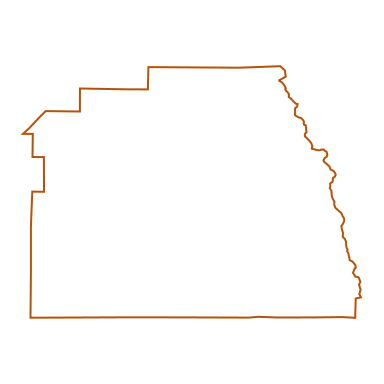 Tulare, California, United States of America
{"feature_id": "52423323B44496470224494", "entity_name": "Tulare", "entity_type": "district", "adm_level": 2, "iso_a3": "USA", "parent_name": "United States of America", "parent_adm1": "California", "projection": "mercator", "projection_center": [-118.363, 36.267], "detail": "fine", "context": "isolated", "style": "outline", "palette": "amber", "viewbox_px": 384, "rotation_deg": 0, "n_neighbors": 0, "source": "geoboundaries", "source_scale": "gbopen_adm2", "svg_char_len": 1733}
<svg xmlns="http://www.w3.org/2000/svg" viewBox="0 0 384 384"><path d="M280.4,66.2L239.1,67.7L148.4,67.1L147.9,89.4L125.9,89.3L107.6,89.0L80.0,88.5L79.9,111.5L45.7,111.1L40.7,116.0L28.8,128.6L23.0,133.9L32.8,133.9L32.5,157.0L43.9,157.1L44.0,184.2L44.0,191.8L32.3,191.6L30.9,226.3L30.9,249.2L30.9,272.1L30.5,317.7L133.3,317.3L186.3,317.4L249.2,317.6L258.2,316.8L277.1,317.5L315.4,317.4L342.5,317.1L355.2,317.8L355.7,298.5L361.0,297.3L359.3,294.0L360.6,289.8L359.0,284.6L360.4,281.8L358.6,277.3L355.4,276.6L353.0,272.8L354.7,268.4L355.2,268.3L355.8,267.6L355.4,265.2L352.5,261.5L349.7,260.2L349.2,257.4L348.6,254.7L348.4,253.4L347.1,251.1L347.6,249.5L346.6,247.8L346.1,244.5L346.1,241.7L344.7,238.7L342.7,236.9L343.0,232.9L341.8,228.8L341.3,226.2L343.0,223.7L344.3,220.8L344.0,218.3L342.6,216.0L341.2,212.8L339.2,211.2L337.2,209.5L335.3,207.7L334.1,204.2L334.5,201.8L332.9,199.1L331.8,196.1L331.5,190.8L329.8,188.3L330.3,186.2L330.2,183.4L332.6,181.8L333.0,177.9L334.7,176.9L335.7,174.9L335.3,173.3L333.4,170.8L330.7,169.6L329.3,166.3L326.6,163.9L324.2,161.9L323.5,160.4L324.7,158.0L326.6,156.9L327.4,154.5L326.5,151.7L324.6,150.6L323.9,149.6L321.5,149.5L319.8,150.3L317.0,150.1L313.6,149.1L311.9,148.8L311.9,147.6L312.4,146.2L311.2,143.1L309.1,140.5L306.8,138.1L304.9,136.3L304.9,133.9L306.6,132.1L306.1,129.9L306.2,127.5L305.6,125.1L304.3,124.9L303.6,123.5L304.0,122.1L303.4,120.4L301.1,118.0L298.3,117.3L295.1,115.3L294.8,113.3L295.3,111.8L294.8,110.1L295.5,107.7L297.1,106.8L297.6,104.1L295.9,103.7L293.5,101.5L291.4,99.0L288.8,97.1L288.9,94.0L287.2,91.8L286.1,90.8L285.2,89.3L285.6,88.6L285.8,88.2L284.3,85.3L282.2,82.6L279.3,80.8L279.2,80.3L285.8,76.6L284.8,70.4L280.4,66.2Z" fill="none" stroke="#b45309" stroke-width="2"/></svg>